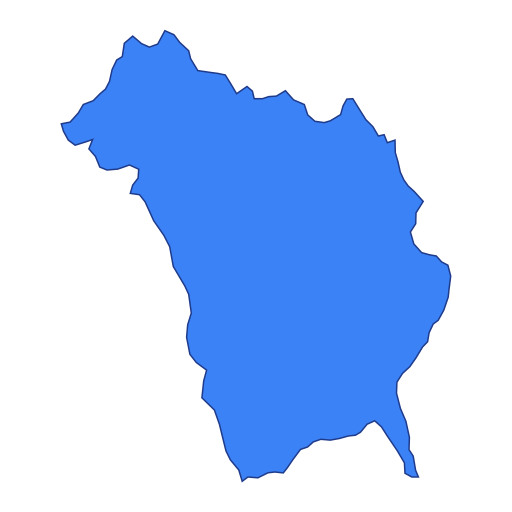 Timburi, São Paulo, Brazil
{"feature_id": "56859067B46714943844197", "entity_name": "Timburi", "entity_type": "district", "adm_level": 2, "iso_a3": "BRA", "parent_name": "Brazil", "parent_adm1": "São Paulo", "projection": "equal_earth", "projection_center": [-49.61, -23.198], "detail": "fine", "context": "isolated", "style": "filled", "palette": "blue", "viewbox_px": 512, "rotation_deg": 0, "n_neighbors": 0, "source": "geoboundaries", "source_scale": "gbopen_adm2", "svg_char_len": 1911}
<svg xmlns="http://www.w3.org/2000/svg" viewBox="0 0 512 512"><path d="M418.4,477.0L415.6,470.3L413.2,456.1L409.0,449.7L409.4,437.3L405.9,421.3L400.4,408.4L396.5,393.2L396.9,382.2L402.5,373.4L409.8,366.7L415.9,358.0L422.6,346.9L427.6,341.7L429.1,332.7L433.2,324.0L438.2,320.3L443.8,310.1L448.2,297.1L449.1,288.7L450.7,276.1L447.9,265.2L441.6,261.9L436.3,256.0L429.1,254.7L421.6,252.6L413.8,243.9L410.4,232.0L415.7,223.7L416.0,212.9L423.2,201.4L414.5,191.8L408.1,185.9L403.9,180.0L400.3,172.2L397.9,161.5L395.3,152.7L395.0,140.1L387.3,142.7L384.1,134.7L378.4,136.0L372.9,126.7L365.9,119.7L360.3,110.8L352.8,98.7L346.8,99.1L343.1,105.8L340.6,114.6L330.3,120.8L324.2,122.6L314.9,121.3L307.7,114.9L304.3,104.5L293.6,99.9L285.4,90.7L276.4,96.1L268.8,96.6L262.4,98.7L254.2,98.7L252.4,91.1L247.0,86.5L236.6,93.7L230.8,83.9L225.3,75.0L217.8,73.4L211.6,72.6L197.8,70.6L190.6,58.7L188.7,50.8L179.6,42.3L174.0,34.8L164.9,30.7L157.7,44.1L149.3,47.1L141.5,43.6L132.7,36.1L124.3,43.3L122.3,56.6L116.7,60.0L112.1,69.6L109.5,81.4L105.5,89.1L100.1,93.7L93.2,100.7L83.3,104.5L78.3,113.0L70.1,122.1L61.3,123.8L63.5,131.3L68.3,140.1L75.1,145.2L85.7,141.9L92.6,139.5L88.9,148.9L95.5,156.5L99.8,167.1L107.0,170.0L117.7,169.1L129.5,165.0L138.7,169.2L138.1,178.1L132.7,185.1L130.3,193.4L139.5,194.7L145.1,201.8L153.7,220.7L163.9,235.4L169.7,246.7L173.3,266.5L184.9,286.1L188.7,294.3L191.3,313.1L187.7,324.7L186.6,337.3L189.9,354.3L196.3,362.5L206.6,370.1L203.7,380.9L202.9,388.6L201.9,397.8L214.4,410.0L219.4,424.2L222.9,438.5L226.0,451.0L230.4,459.9L238.8,470.0L242.2,481.3L247.9,477.0L257.9,477.8L267.9,472.8L274.8,472.0L283.3,472.9L287.6,467.4L293.0,459.4L300.5,449.4L307.6,447.0L313.3,441.9L320.8,439.3L330.3,440.1L339.3,438.5L348.3,436.0L355.5,435.2L360.6,432.1L367.1,424.2L374.7,420.8L381.5,426.9L387.5,436.3L397.2,450.6L404.4,462.8L405.0,473.3L411.8,477.0L418.4,477.0Z" fill="#3b82f6" stroke="#1e3a8a" stroke-width="1.5"/></svg>